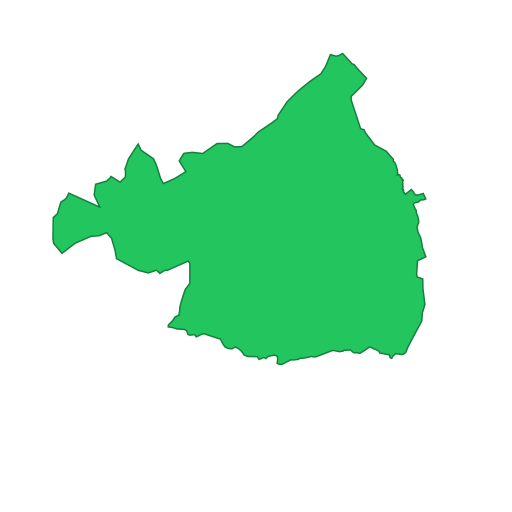 outline of Dass, Bauchi, Nigeria, rotated 155°
{"feature_id": "59680162B55124041708975", "entity_name": "Dass", "entity_type": "district", "adm_level": 2, "iso_a3": "NGA", "parent_name": "Nigeria", "parent_adm1": "Bauchi", "projection": "albers", "projection_center": [9.466, 10.009], "detail": "fine", "context": "isolated", "style": "filled", "palette": "green", "viewbox_px": 512, "rotation_deg": 155, "n_neighbors": 0, "source": "geoboundaries", "source_scale": "gbopen_adm2", "svg_char_len": 3571}
<svg xmlns="http://www.w3.org/2000/svg" viewBox="0 0 512 512"><g transform="rotate(155 256 256)"><path d="M259.0,144.6L256.3,143.4L252.6,142.4L248.3,141.6L245.9,139.9L244.0,139.3L226.3,138.0L223.7,136.2L220.7,134.0L217.2,133.0L215.8,133.4L214.1,132.4L212.3,131.8L210.0,131.0L209.1,128.5L208.2,127.0L205.4,125.7L203.0,123.9L200.3,124.2L196.9,124.6L195.2,124.9L194.0,125.1L191.5,125.5L190.1,124.3L188.7,122.2L186.6,120.3L185.0,118.2L184.7,115.6L182.5,114.2L179.9,112.1L176.9,110.2L177.4,107.1L176.3,105.9L173.9,107.6L170.7,108.4L168.4,107.1L166.1,105.3L163.5,104.7L160.7,105.5L157.5,108.7L148.7,115.5L133.3,127.0L129.2,134.2L123.4,140.7L118.5,155.9L114.6,164.7L118.8,168.9L118.2,171.5L111.8,183.1L111.3,183.4L105.5,183.5L102.4,183.5L101.6,193.0L100.0,199.0L99.0,203.0L99.1,209.1L97.9,214.2L94.4,217.5L93.2,220.7L92.6,223.9L92.4,227.5L91.5,229.7L91.9,231.5L91.7,232.6L91.8,233.7L91.7,234.9L91.7,236.4L90.6,236.9L89.4,237.1L87.3,236.6L85.8,236.3L84.3,236.9L83.0,237.2L81.8,236.7L80.1,236.0L78.0,236.0L78.0,238.4L78.0,242.0L79.5,242.2L80.4,242.4L81.4,242.4L82.9,242.7L84.1,243.2L85.4,243.8L86.2,245.5L86.3,246.3L86.3,247.2L86.3,248.3L86.6,248.8L86.8,249.6L87.2,250.6L94.4,248.8L94.7,249.6L94.8,250.4L95.3,251.5L95.1,252.1L94.7,252.5L95.1,253.1L94.6,253.5L94.3,254.2L95.1,255.2L94.8,255.5L94.3,255.7L93.9,256.2L93.4,256.5L93.3,257.5L93.3,258.5L92.9,258.5L92.5,259.1L92.2,259.7L92.1,260.6L91.6,261.1L91.5,261.6L91.5,262.4L91.1,262.7L90.6,262.6L90.6,263.0L90.7,263.3L91.1,263.7L91.2,264.2L91.0,264.7L91.0,265.4L91.6,266.1L91.7,266.8L91.5,267.5L91.5,268.8L92.9,269.7L93.6,269.8L93.2,270.1L92.8,270.7L92.5,271.4L92.3,272.5L91.8,273.2L91.6,274.0L91.4,274.7L91.4,275.7L91.2,276.5L91.1,277.2L90.8,278.1L90.9,279.1L90.7,280.5L90.8,281.6L90.9,282.7L91.2,283.3L91.5,284.0L91.1,284.8L90.7,285.5L91.0,287.0L91.5,288.1L93.6,295.8L101.5,306.4L104.7,321.2L104.7,324.8L107.4,327.1L103.8,357.3L102.2,360.4L87.0,365.9L80.7,370.3L84.6,382.0L86.2,388.1L87.6,389.3L91.9,402.9L97.2,402.7L99.2,403.5L100.0,404.1L102.4,406.2L103.4,407.1L107.4,403.4L110.2,400.8L113.1,398.2L120.2,393.7L132.1,391.7L142.6,389.2L150.7,386.9L162.5,382.7L176.3,374.3L178.5,371.4L187.0,369.7L201.5,367.4L207.1,365.3L222.6,361.1L229.2,363.9L234.0,370.0L243.8,374.4L261.0,371.4L269.8,376.8L270.3,377.0L270.9,377.2L277.6,379.4L278.4,379.3L285.4,374.6L283.9,362.1L296.5,360.6L309.4,360.8L309.7,367.0L308.2,377.5L307.8,382.5L307.8,387.4L315.4,400.4L315.5,407.3L330.5,397.9L338.3,389.8L338.1,388.7L340.9,382.8L348.0,380.4L353.8,389.4L355.1,388.5L359.9,387.0L371.0,388.8L376.9,379.7L376.9,366.8L376.9,366.3L377.0,366.4L399.1,392.1L403.3,388.7L405.4,388.0L410.1,387.3L418.1,378.3L422.1,376.9L423.4,376.7L432.9,357.1L434.0,352.8L430.7,340.4L414.7,344.0L397.3,343.6L389.4,340.6L381.6,340.3L379.4,333.2L381.3,321.0L383.5,312.5L369.0,293.0L369.0,292.9L360.8,286.2L352.2,285.2L350.5,280.9L344.3,281.5L342.4,280.5L319.6,280.1L319.1,277.2L327.5,259.2L332.0,256.8L334.3,255.6L340.1,249.4L343.5,245.7L346.7,241.7L348.0,239.2L350.9,235.0L355.1,234.9L358.8,232.7L364.7,230.4L365.5,228.8L361.7,226.3L358.5,223.3L352.0,219.8L350.4,217.8L350.6,215.6L350.8,213.6L349.4,212.2L344.9,210.7L344.3,208.0L341.9,207.9L338.6,208.1L336.2,207.7L323.3,195.6L323.3,193.2L323.1,189.8L322.4,186.4L320.1,183.8L316.9,182.0L313.2,182.4L311.3,179.8L309.9,177.2L309.0,174.0L308.7,171.4L306.1,168.5L299.4,165.2L297.4,164.2L296.9,160.9L292.5,160.9L290.9,159.8L290.3,158.8L287.2,159.9L280.7,158.2L279.1,156.0L280.0,153.2L282.2,149.8L280.5,147.8L278.0,146.8L268.5,147.2L266.2,146.1L261.5,144.5L259.0,144.6Z" fill="#22c55e" stroke="#15803d" stroke-width="1.5"/></g></svg>